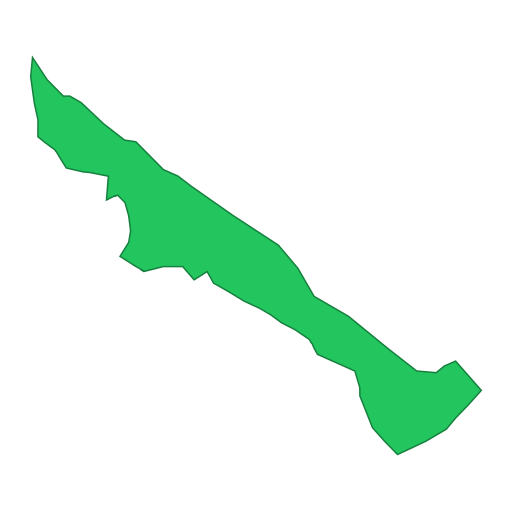 outline of Ferap, Chardzhou, Turkmenistan
{"feature_id": "10190150B85284171000924", "entity_name": "Ferap", "entity_type": "district", "adm_level": 2, "iso_a3": "TKM", "parent_name": "Turkmenistan", "parent_adm1": "Chardzhou", "projection": "equal_earth", "projection_center": [63.283, 39.35], "detail": "fine", "context": "isolated", "style": "filled", "palette": "green", "viewbox_px": 512, "rotation_deg": 0, "n_neighbors": 0, "source": "geoboundaries", "source_scale": "gbopen_adm2", "svg_char_len": 1177}
<svg xmlns="http://www.w3.org/2000/svg" viewBox="0 0 512 512"><path d="M45.5,142.9L55.0,149.9L55.9,151.4L56.4,151.8L60.4,158.6L66.3,168.0L83.2,171.9L89.8,172.5L108.4,176.2L108.3,177.8L108.1,179.3L106.5,200.0L114.8,195.8L115.2,196.3L117.6,195.1L125.0,202.6L128.7,215.8L130.6,230.9L128.7,242.3L120.0,256.4L135.4,266.2L143.5,270.7L142.5,270.7L143.8,271.5L163.3,266.6L181.1,266.6L182.7,266.6L186.5,271.0L194.1,279.8L195.1,279.2L207.1,271.6L211.0,278.5L213.5,283.1L214.9,283.9L228.1,291.4L239.0,298.0L244.4,301.3L253.1,305.3L259.0,308.0L270.4,314.6L281.7,322.9L289.2,326.7L289.8,327.0L294.7,329.5L309.4,339.5L311.2,342.8L312.1,343.6L314.2,348.4L317.5,354.4L352.8,370.1L354.9,371.0L357.8,380.9L359.8,387.7L359.9,396.0L372.5,427.7L384.8,441.5L397.5,454.5L425.7,441.3L426.0,441.1L446.3,429.2L455.9,417.7L468.1,405.1L481.3,390.4L455.6,361.1L444.3,366.0L436.2,372.7L416.7,371.0L389.0,349.4L348.3,316.2L314.1,296.4L297.9,268.3L278.4,245.2L233.0,215.5L190.9,186.0L178.0,176.1L163.4,169.6L135.9,141.8L124.6,140.1L103.6,123.8L81.1,102.6L69.8,96.1L63.3,96.1L47.2,79.8L32.5,57.5L30.7,76.8L34.3,103.0L38.0,119.9L37.9,136.8L45.5,142.9Z" fill="#22c55e" stroke="#15803d" stroke-width="1.5"/></svg>